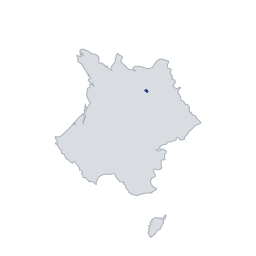 where Paris sits in France, rotated 34°
{"feature_id": "FRA-5333", "entity_name": "Paris", "entity_type": "Metropolitan department", "adm_level": 1, "iso_a3": "FRA", "parent_name": "France", "parent_adm1": "", "projection": "albers", "projection_center": [2.343, 48.859], "detail": "fine", "context": "in_parent", "style": "filled", "palette": "blue", "viewbox_px": 256, "rotation_deg": 34, "n_neighbors": 0, "source": "natural_earth", "source_scale": "10m", "svg_char_len": 3795}
<svg xmlns="http://www.w3.org/2000/svg" viewBox="0 0 256 256"><g transform="rotate(34 128 128)"><path d="M181.2,105.7L179.9,106.6L179.2,108.1L178.3,108.6L176.8,108.7L176.0,107.8L174.1,108.5L173.4,109.5L174.6,110.6L171.2,115.7L168.9,117.1L168.5,120.3L165.8,122.9L164.9,125.4L164.8,125.9L165.6,126.7L165.4,128.4L164.0,129.5L164.1,130.5L164.5,130.7L166.6,129.7L167.4,128.7L166.9,127.4L169.0,125.7L173.0,125.9L173.6,128.0L173.2,129.8L176.3,133.6L173.9,135.6L173.8,136.8L176.6,140.6L178.3,142.1L177.6,144.8L175.0,146.7L173.2,146.7L172.5,147.2L172.6,148.0L174.0,150.3L177.1,151.7L177.6,153.5L176.8,154.2L175.6,157.0L176.3,158.3L176.1,158.9L176.5,159.8L177.3,160.7L181.6,162.8L185.4,162.1L185.9,163.4L183.9,167.1L184.1,168.7L182.9,168.8L182.8,169.4L180.5,170.8L176.9,174.6L175.2,175.8L174.6,177.7L173.6,178.7L168.2,181.1L167.2,180.7L164.5,180.9L162.8,179.6L159.5,178.9L158.4,177.1L155.4,176.8L155.2,175.5L151.1,176.9L145.1,175.3L143.0,173.5L141.3,174.0L139.9,175.7L133.6,180.2L131.1,184.8L131.7,190.1L133.2,192.7L129.2,192.3L126.9,193.1L126.3,194.3L120.8,192.9L118.7,194.0L118.1,194.0L117.4,192.8L114.7,191.6L115.1,190.7L114.8,189.9L112.2,189.2L111.3,190.0L110.4,188.4L103.3,185.9L102.2,185.9L101.6,188.3L97.1,188.1L96.4,187.7L93.4,188.1L90.4,185.7L86.9,186.0L84.8,183.7L82.7,183.4L79.9,182.1L78.6,181.4L78.4,180.7L77.5,181.7L76.4,181.4L76.2,181.1L77.0,179.9L77.2,178.4L73.6,177.1L72.7,176.0L72.7,175.4L74.7,175.0L76.6,173.0L78.6,165.6L80.2,156.8L81.2,155.1L82.3,154.7L81.5,153.5L80.3,155.0L81.3,146.9L82.9,140.9L85.7,143.5L86.4,144.6L87.1,148.3L88.7,149.9L87.7,148.3L86.8,143.5L86.2,142.1L81.7,137.8L81.6,136.9L83.6,137.4L82.9,134.4L82.7,128.0L79.9,127.2L75.6,124.3L72.8,119.2L72.5,117.4L73.4,115.5L72.8,114.2L71.6,113.3L72.6,111.7L73.6,111.6L76.7,112.7L74.2,111.0L69.9,111.3L68.3,110.7L68.1,109.5L69.3,108.1L67.9,107.1L65.5,107.1L65.3,106.7L66.0,105.7L65.5,105.3L63.5,105.6L62.4,105.1L61.4,103.9L58.3,103.4L57.6,102.6L53.4,100.9L48.8,100.7L47.8,98.2L45.1,96.8L45.7,96.1L48.5,95.6L49.1,95.0L47.2,93.8L46.6,92.8L50.3,92.9L48.7,91.7L45.1,91.4L44.8,90.0L45.4,88.5L47.6,87.4L52.8,86.4L56.6,86.7L59.4,85.2L62.0,84.9L64.4,85.9L67.5,90.3L70.3,88.7L74.3,89.0L75.1,90.1L76.2,88.2L77.1,89.4L82.0,89.3L80.9,88.5L80.0,86.6L80.2,80.1L78.0,75.2L77.4,73.4L77.7,72.0L80.5,72.4L82.9,71.9L84.0,72.4L84.2,75.4L85.1,77.3L91.7,78.1L95.5,79.2L98.8,77.5L101.8,76.9L102.1,76.4L100.4,76.6L98.8,75.8L98.6,75.0L99.5,72.6L104.1,70.1L110.9,68.0L112.6,66.5L114.6,63.8L114.2,63.1L114.5,55.8L115.5,53.4L118.0,51.6L124.4,49.9L125.2,52.2L125.2,53.5L126.9,55.6L127.7,56.2L130.5,55.1L131.9,57.0L132.3,59.2L135.7,60.0L136.7,62.8L137.3,62.2L139.5,62.3L140.5,62.5L141.9,63.7L141.5,65.4L142.1,66.2L141.6,67.8L142.0,68.4L145.9,68.3L147.1,67.6L147.6,66.0L148.7,65.1L149.2,65.3L148.5,68.3L149.1,69.0L149.4,71.1L150.9,71.2L153.9,72.7L156.4,75.4L159.4,74.8L161.9,76.2L164.3,75.3L166.7,76.0L167.5,76.8L169.9,80.5L171.6,79.6L172.8,80.0L173.2,81.1L177.6,80.2L178.5,81.2L179.5,81.5L185.2,82.6L185.4,84.0L182.4,88.4L181.4,94.3L180.6,96.4L180.3,98.0L180.7,99.0L180.6,100.6L180.1,104.4L180.6,105.5L181.2,105.7ZM209.3,182.6L209.2,185.0L210.2,186.6L211.2,193.5L209.7,197.0L209.7,201.1L207.8,206.1L204.0,204.3L202.8,203.2L203.6,201.3L201.5,200.5L201.8,198.6L201.5,197.8L200.1,197.8L199.9,197.3L200.9,195.9L200.8,195.0L199.3,194.1L199.0,193.1L200.2,192.0L199.5,191.0L198.8,190.9L200.3,187.6L201.5,186.5L204.2,185.4L205.2,184.1L207.1,184.6L207.4,184.3L207.5,179.2L208.2,179.1L208.8,179.7L209.3,182.6ZM82.0,134.7L81.5,136.1L79.9,133.5L79.7,132.2L82.0,134.7Z" fill="#d9dde1" stroke="#a8b0b8" stroke-width="1"/><path d="M121.3,87.3L121.3,86.9L121.3,86.7L121.5,86.4L121.7,86.2L122.9,86.1L123.0,86.2L123.3,86.6L123.5,86.7L123.9,86.8L123.8,87.2L123.8,87.5L123.6,87.6L122.4,87.5L121.6,87.2L121.3,87.3Z" fill="#3b82f6" stroke="#1e3a8a" stroke-width="1.5"/></g></svg>